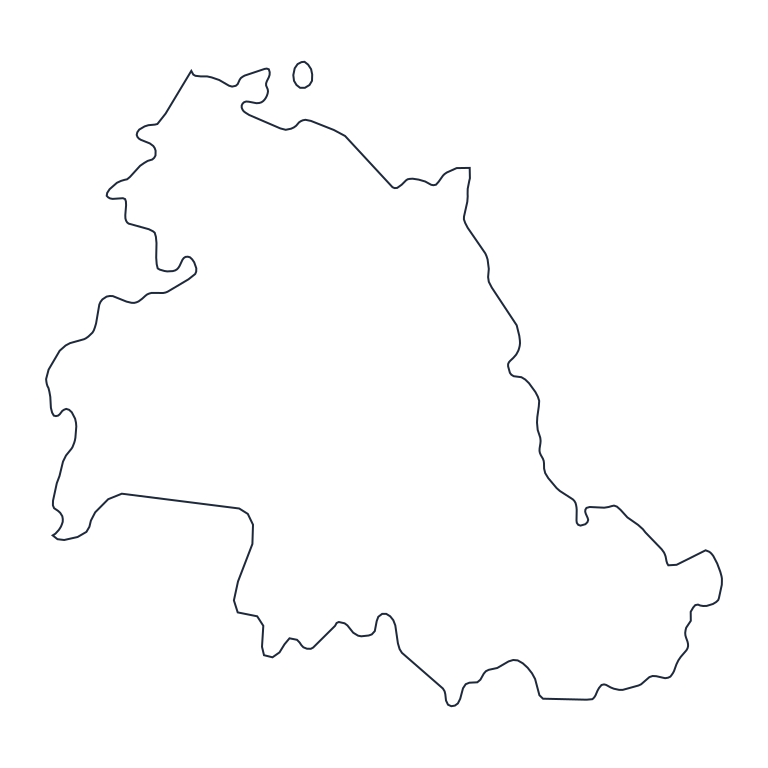 the border of Perugia
{"feature_id": "ITA-5432", "entity_name": "Perugia", "entity_type": "Province", "adm_level": 1, "iso_a3": "ITA", "parent_name": "Italy", "parent_adm1": "", "projection": "robinson", "projection_center": [12.525, 43.115], "detail": "fine", "context": "isolated", "style": "outline", "palette": "slate", "viewbox_px": 768, "rotation_deg": 0, "n_neighbors": 0, "source": "natural_earth", "source_scale": "10m", "svg_char_len": 5683}
<svg xmlns="http://www.w3.org/2000/svg" viewBox="0 0 768 768"><path d="M272.5,657.3L264.0,655.2L262.0,646.8L263.3,625.8L257.2,616.3L237.7,612.4L233.9,600.4L238.0,581.5L252.4,544.0L253.0,524.7L247.8,513.9L239.2,508.5L121.8,493.7L108.2,499.2L95.2,512.3L90.9,520.6L89.4,526.8L86.4,531.9L77.6,537.0L64.2,540.0L57.5,539.2L52.7,535.4L55.4,533.7L58.7,530.1L59.8,528.5L61.0,526.5L61.9,524.3L62.7,521.9L62.8,519.1L62.3,516.2L60.2,512.8L58.1,510.9L54.1,508.2L52.9,505.3L53.0,500.8L56.8,483.2L59.5,476.0L63.0,461.6L66.0,455.5L71.5,448.7L72.5,447.1L74.2,442.8L74.9,440.4L75.4,437.7L76.3,426.5L76.0,422.8L75.1,418.7L71.8,412.3L69.1,409.8L66.2,408.9L64.1,409.7L62.3,410.9L59.7,414.3L58.1,415.6L55.9,416.1L53.8,415.6L52.1,412.6L50.9,407.8L50.3,396.9L49.4,391.8L48.5,388.1L47.5,386.2L46.8,384.0L46.4,381.8L46.1,379.1L48.6,369.6L59.7,350.7L63.8,347.1L65.6,345.5L70.1,343.1L84.1,339.2L85.9,338.3L88.3,336.6L92.5,332.6L93.8,330.4L94.9,327.4L96.1,323.3L99.3,304.6L100.5,301.9L102.4,299.4L106.6,296.6L109.8,296.0L112.8,296.1L126.5,301.6L131.5,302.8L134.2,302.9L136.5,302.3L138.6,301.4L142.2,298.7L145.5,295.7L147.2,294.4L149.3,293.5L151.7,292.9L163.2,293.0L165.6,292.5L167.6,291.7L188.5,279.3L195.2,274.0L196.2,271.6L196.3,268.3L194.2,262.3L192.2,259.4L190.0,257.3L187.8,256.7L185.5,256.9L183.8,258.0L182.5,259.7L179.6,265.9L178.4,267.8L177.0,269.3L175.2,270.4L172.8,271.1L167.2,271.4L164.5,271.0L159.7,269.6L157.7,268.4L156.7,264.2L156.2,257.7L156.5,243.1L155.9,236.8L154.7,232.7L153.0,231.3L148.8,229.2L128.6,223.6L127.1,222.4L126.0,220.5L125.4,218.3L125.3,215.1L126.1,205.1L125.9,201.4L125.1,199.1L122.9,198.2L112.6,198.9L110.0,198.4L108.1,197.3L106.7,195.8L107.2,192.9L109.6,189.2L116.9,182.8L121.0,180.9L124.7,179.8L127.1,179.3L130.0,176.9L140.1,165.8L144.3,162.9L147.7,160.9L152.3,159.5L154.2,157.8L155.5,155.5L155.6,150.7L154.7,148.1L153.3,146.0L149.8,143.4L140.8,139.8L138.9,138.6L137.5,137.0L136.7,134.9L137.3,132.3L139.2,129.6L144.6,126.4L148.4,125.2L154.9,124.6L157.4,124.0L165.6,113.6L191.3,70.9L193.3,74.6L195.4,75.8L200.7,76.4L207.1,76.4L211.6,77.4L219.2,80.0L229.0,85.7L232.1,86.6L235.8,85.8L237.7,84.1L239.7,79.7L240.9,78.0L242.7,76.7L244.6,75.6L264.7,68.9L266.8,68.6L268.8,69.3L269.7,72.2L269.6,74.9L268.8,77.3L266.8,81.3L266.1,83.4L266.1,85.5L267.7,89.3L268.0,91.4L267.6,93.6L266.9,95.7L265.9,97.7L264.7,99.5L263.2,101.1L261.4,102.3L259.2,103.0L256.5,103.2L248.7,101.7L246.2,101.5L244.1,102.2L242.6,103.6L241.7,105.5L241.7,107.6L242.5,109.6L243.7,111.3L245.4,112.6L249.2,115.0L280.3,128.4L285.7,129.8L291.1,128.7L293.9,127.4L296.2,125.7L299.0,122.4L300.8,121.2L302.8,120.3L305.4,119.8L310.9,120.9L333.9,130.0L345.1,136.0L392.5,187.2L394.6,188.1L397.2,187.9L401.7,184.7L406.1,180.3L407.6,179.3L409.6,178.9L412.6,178.7L418.6,179.6L425.2,181.5L431.2,184.8L433.4,185.2L436.0,184.7L438.6,181.8L443.0,175.6L444.5,174.1L446.8,172.5L456.6,168.1L469.7,167.9L469.9,178.3L469.3,180.7L467.7,188.8L467.6,193.9L467.7,196.4L467.3,201.8L464.0,216.6L463.9,219.3L465.2,223.0L467.7,227.8L485.3,253.4L486.5,256.1L487.6,259.5L488.8,268.9L488.1,277.1L488.8,281.8L491.8,287.6L516.7,325.3L517.1,326.9L519.3,335.9L519.9,340.7L520.0,343.3L519.7,345.9L519.1,348.3L518.4,350.5L517.3,352.6L516.2,354.6L513.3,357.9L510.2,360.8L508.9,362.3L508.1,364.1L508.1,366.3L509.9,372.8L511.3,374.7L513.7,376.2L521.4,377.2L525.2,379.5L529.0,383.2L535.4,392.0L537.9,396.8L539.2,400.9L538.8,406.4L537.3,417.1L537.0,422.6L537.7,430.0L540.2,437.5L540.4,438.8L540.6,441.0L540.4,443.4L539.6,448.4L539.5,450.9L539.9,452.9L540.8,455.0L542.9,458.7L543.7,460.9L544.0,463.4L544.1,468.6L545.2,473.1L548.3,478.2L556.7,488.2L559.9,491.0L572.9,499.4L574.4,501.0L575.5,502.9L576.1,505.1L576.5,507.4L576.7,509.9L576.5,520.5L576.8,522.8L578.2,524.8L580.5,525.6L585.4,524.2L587.4,522.2L588.2,519.9L587.6,517.8L585.8,513.8L585.2,511.7L585.4,509.6L586.5,507.9L589.7,507.0L604.2,507.7L608.6,507.0L611.7,506.1L614.0,505.6L616.9,506.6L620.6,509.9L627.4,517.4L638.1,524.9L642.9,529.2L645.4,532.4L661.6,549.2L664.0,552.5L664.9,554.5L665.6,556.5L666.5,561.2L667.2,563.4L668.3,565.3L676.6,564.8L705.6,550.3L709.1,551.7L710.5,552.7L712.0,554.3L713.3,556.0L717.2,563.5L720.3,571.8L721.5,576.2L721.9,578.5L721.9,581.4L721.8,584.8L718.9,598.2L718.2,600.1L716.2,602.0L712.9,604.0L706.7,605.9L703.2,606.0L700.2,605.5L698.0,604.6L695.3,605.1L693.2,607.5L690.7,611.8L690.8,620.8L686.2,627.7L685.6,630.0L685.2,632.9L685.4,635.3L686.0,637.5L687.5,641.6L688.0,643.9L688.1,646.1L687.5,648.4L686.4,650.3L680.8,656.8L678.4,660.3L676.4,664.4L674.0,671.1L673.0,673.0L671.7,674.9L670.4,676.6L668.1,677.7L665.1,678.2L656.3,676.2L652.6,676.0L649.4,677.1L641.1,684.3L638.5,685.5L622.6,689.9L619.3,689.9L613.8,688.7L610.6,687.4L606.1,684.9L604.0,684.4L601.5,685.0L599.0,688.0L597.5,690.7L595.5,695.4L594.5,697.0L593.3,698.4L592.3,699.2L586.5,699.7L543.0,698.7L539.4,695.2L535.1,679.0L532.0,673.3L527.7,667.8L522.8,663.3L517.7,660.4L513.2,660.0L508.6,661.4L497.2,668.0L488.8,669.8L485.9,671.2L483.8,673.6L480.4,679.7L477.3,682.3L469.4,682.7L465.7,684.2L463.0,688.3L460.2,698.8L457.9,703.4L454.9,705.6L451.3,706.2L448.0,704.7L446.0,700.5L445.3,694.2L444.6,691.3L442.9,688.5L401.9,652.8L399.6,649.1L397.9,643.3L395.3,625.4L393.3,620.2L390.2,616.3L386.3,613.9L382.1,613.9L378.3,616.8L376.7,621.1L374.8,631.1L371.8,634.4L368.7,635.5L361.3,636.3L358.1,635.7L353.2,632.7L347.4,625.4L344.6,623.3L338.8,622.0L336.6,623.0L335.1,625.8L313.1,647.6L310.8,648.8L306.9,648.7L303.4,647.3L301.4,645.2L299.6,642.5L297.0,639.8L289.5,638.3L284.5,644.3L279.5,652.4L272.5,657.3ZM304.5,61.8L308.1,64.6L311.1,69.2L312.2,74.5L312.0,80.8L309.5,85.0L304.9,87.8L300.1,87.8L296.5,85.0L294.0,80.8L293.3,75.1L294.7,68.3L297.6,64.1L301.5,62.1L304.5,61.8Z" fill="none" stroke="#1e293b" stroke-width="2"/></svg>